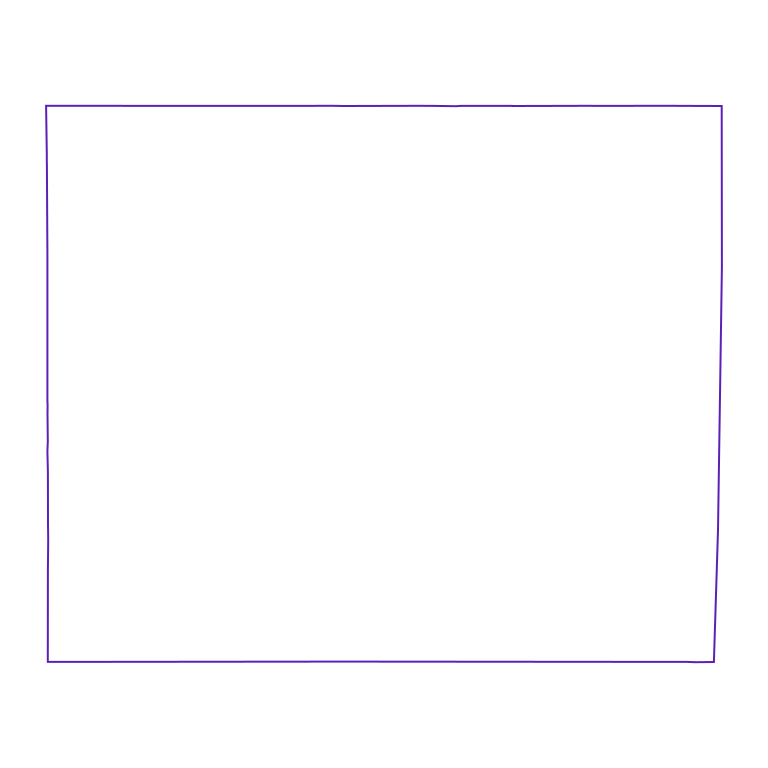 Harding, South Dakota, United States of America
{"feature_id": "52423323B85259623933705", "entity_name": "Harding", "entity_type": "district", "adm_level": 2, "iso_a3": "USA", "parent_name": "United States of America", "parent_adm1": "South Dakota", "projection": "robinson", "projection_center": [-103.51, 45.579], "detail": "fine", "context": "isolated", "style": "outline", "palette": "violet", "viewbox_px": 768, "rotation_deg": 0, "n_neighbors": 0, "source": "geoboundaries", "source_scale": "gbopen_adm2", "svg_char_len": 686}
<svg xmlns="http://www.w3.org/2000/svg" viewBox="0 0 768 768"><path d="M688.9,105.9L670.3,105.8L657.0,105.8L638.2,105.8L626.3,105.9L599.9,105.9L587.5,105.8L557.2,105.9L552.5,105.9L512.3,106.0L512.2,105.9L460.2,105.9L456.3,106.2L434.4,105.9L430.2,105.9L421.5,105.8L419.9,105.8L344.1,106.0L332.9,105.8L281.6,105.9L276.9,105.9L46.1,105.8L46.8,153.9L46.8,161.5L46.9,164.2L47.4,254.1L47.4,400.0L47.6,405.4L47.5,414.2L47.8,441.4L47.7,443.9L47.4,450.9L47.9,472.2L48.0,524.8L48.2,539.4L48.0,561.4L47.9,568.5L47.8,661.9L341.6,661.6L687.3,661.9L695.2,662.2L713.9,662.0L718.0,530.2L721.9,267.2L721.7,106.0L692.4,105.9L689.1,105.9L688.9,105.9Z" fill="none" stroke="#5b21b6" stroke-width="2"/></svg>